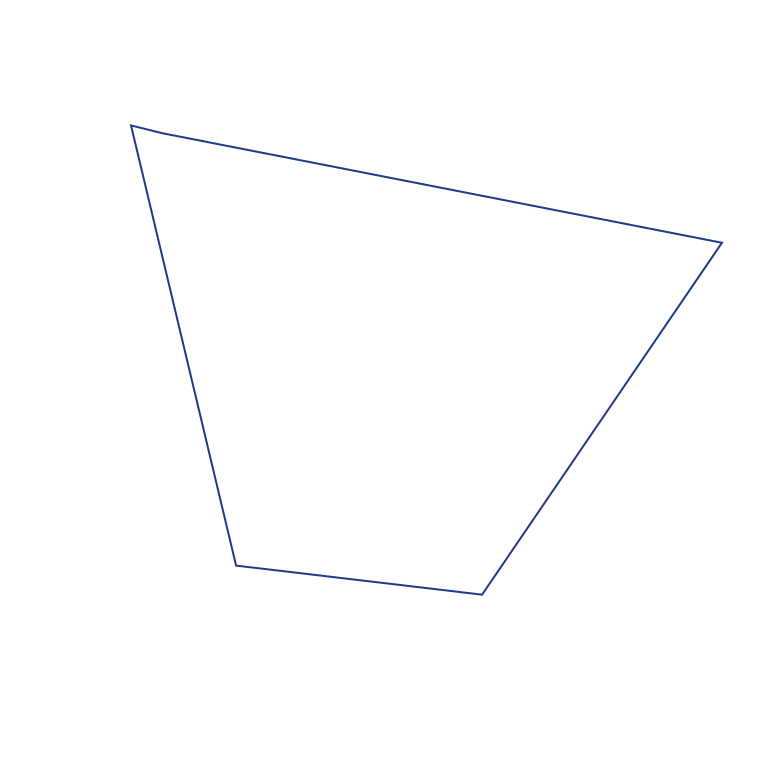 an SVG outline of Saint Luke, rotated 102°
{"feature_id": "DMA-1437", "entity_name": "Saint Luke", "entity_type": "Parish", "adm_level": 1, "iso_a3": "DMA", "parent_name": "Dominica", "parent_adm1": "", "projection": "mercator", "projection_center": [-61.367, 15.248], "detail": "fine", "context": "isolated", "style": "outline", "palette": "blue", "viewbox_px": 768, "rotation_deg": 102, "n_neighbors": 0, "source": "natural_earth", "source_scale": "10m", "svg_char_len": 237}
<svg xmlns="http://www.w3.org/2000/svg" viewBox="0 0 768 768"><g transform="rotate(102 384 384)"><path d="M184.8,653.3L175.6,82.8L569.7,244.3L592.4,490.9L183.7,685.2L184.8,653.3Z" fill="none" stroke="#1e3a8a" stroke-width="2"/></g></svg>